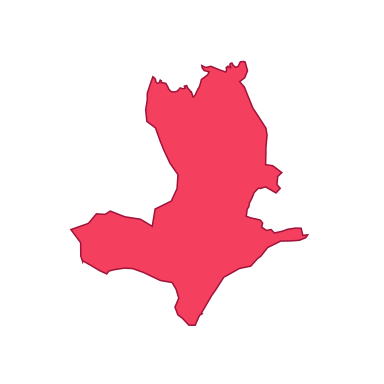 Mesana, Paphos, Cyprus, rotated 47°
{"feature_id": "46923920B68327504416680", "entity_name": "Mesana", "entity_type": "district", "adm_level": 2, "iso_a3": "CYP", "parent_name": "Cyprus", "parent_adm1": "Paphos", "projection": "natural_earth1", "projection_center": [32.707, 34.845], "detail": "fine", "context": "isolated", "style": "filled", "palette": "rose", "viewbox_px": 384, "rotation_deg": 47, "n_neighbors": 0, "source": "geoboundaries", "source_scale": "gbopen_adm2", "svg_char_len": 2134}
<svg xmlns="http://www.w3.org/2000/svg" viewBox="0 0 384 384"><g transform="rotate(47 192 192)"><path d="M81.0,142.0L83.7,147.2L89.3,157.4L94.1,161.9L100.3,169.8L109.6,176.9L120.3,175.0L132.5,180.3L142.1,184.0L156.1,188.5L169.7,190.4L179.3,200.6L184.5,213.3L179.3,230.6L190.0,244.5L176.7,248.3L164.2,258.1L150.2,264.8L149.1,270.8L142.8,276.8L144.3,289.2L136.9,306.2L153.1,308.0L163.1,317.1L167.8,319.2L168.4,319.5L168.0,318.8L177.7,315.7L186.2,313.3L193.8,310.2L193.1,306.8L196.1,301.3L201.8,293.1L207.7,287.5L217.9,282.3L235.1,275.5L244.6,268.3L252.4,270.0L260.6,274.1L264.6,283.0L272.2,286.1L278.1,285.1L287.3,285.1L291.6,280.6L287.3,270.5L288.0,267.6L287.0,267.8L281.1,248.0L279.8,241.7L276.0,227.0L280.3,209.4L286.3,199.6L285.4,189.1L285.9,185.6L284.2,174.6L288.4,160.6L294.8,153.5L300.5,146.5L303.0,140.1L302.2,136.6L299.3,140.5L292.9,136.9L288.9,141.0L284.5,147.4L282.5,152.3L278.1,159.8L276.9,159.7L273.3,159.8L270.9,163.7L265.2,165.0L262.9,161.5L259.2,161.2L256.4,162.9L250.5,167.0L246.6,168.8L244.4,165.9L242.2,163.5L241.6,160.6L239.2,157.5L237.2,151.9L234.8,147.0L234.5,140.9L236.1,139.5L238.3,134.8L250.0,131.2L249.5,125.0L244.5,124.8L239.1,118.7L239.1,113.1L234.8,113.8L227.7,115.1L222.2,119.5L214.2,111.7L209.5,107.2L201.6,98.3L195.8,94.4L183.0,92.1L172.0,90.2L159.1,85.3L150.9,82.1L143.8,81.9L144.4,75.5L141.2,68.7L133.2,64.5L131.4,65.5L129.8,67.9L130.7,70.5L131.6,72.5L130.7,75.0L127.4,75.5L125.0,74.8L124.4,75.5L124.3,76.9L125.0,77.7L127.3,79.0L125.9,79.9L124.5,79.9L124.4,82.3L125.8,82.9L126.2,83.8L126.9,84.1L127.3,85.5L121.2,88.7L112.9,92.5L110.3,97.1L106.2,98.6L108.2,99.9L111.4,100.3L115.8,97.6L116.9,100.4L116.9,102.0L116.1,108.4L118.9,112.7L120.4,115.8L120.7,117.3L123.5,124.3L123.2,126.4L118.2,124.1L117.9,124.7L115.8,124.2L114.4,124.3L112.7,124.1L110.6,123.3L109.4,125.4L111.2,126.0L111.0,127.2L109.8,128.6L108.7,129.1L107.8,129.7L108.1,131.7L108.0,134.6L106.8,136.7L104.4,138.8L101.2,138.9L98.5,138.0L95.1,137.1L93.9,137.5L93.4,137.9L91.1,139.9L90.0,138.6L88.5,138.9L89.6,141.6L89.2,142.9L88.5,143.3L86.2,143.2L85.4,142.2L83.6,141.7L81.0,142.0Z" fill="#f43f5e" stroke="#9f1239" stroke-width="1.5"/></g></svg>